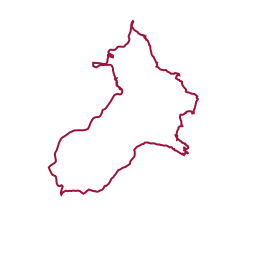 outline of Toplet, Caras-Severin, Romania, rotated 303°
{"feature_id": "2599482B38762521341825", "entity_name": "Toplet", "entity_type": "district", "adm_level": 2, "iso_a3": "ROU", "parent_name": "Romania", "parent_adm1": "Caras-Severin", "projection": "albers", "projection_center": [22.349, 44.793], "detail": "fine", "context": "isolated", "style": "outline", "palette": "rose", "viewbox_px": 256, "rotation_deg": 303, "n_neighbors": 0, "source": "geoboundaries", "source_scale": "gbopen_adm2", "svg_char_len": 5829}
<svg xmlns="http://www.w3.org/2000/svg" viewBox="0 0 256 256"><g transform="rotate(303 128 128)"><path d="M200.2,142.3L200.9,141.6L200.9,140.4L200.3,139.0L200.1,138.5L199.8,137.6L199.0,137.3L198.4,136.8L197.8,135.9L196.9,134.4L197.0,132.9L197.1,132.0L196.8,130.3L197.3,128.4L196.8,127.5L196.4,127.1L195.8,126.4L195.6,125.3L195.0,124.2L194.8,123.1L194.8,122.3L195.0,121.8L195.1,121.3L195.4,120.2L195.2,119.5L195.3,119.0L195.1,118.4L196.5,118.3L197.3,117.8L197.4,117.2L197.8,116.7L198.1,116.6L198.6,116.7L198.5,115.5L198.7,115.1L199.7,114.0L200.3,112.7L201.0,111.5L201.5,110.9L201.9,109.1L202.7,107.7L203.4,106.9L204.5,106.0L205.3,105.0L206.7,103.6L207.8,102.8L209.1,101.5L209.1,100.6L209.9,100.0L211.8,97.3L212.1,96.8L212.1,96.2L212.0,95.7L211.9,94.9L212.3,94.4L212.6,94.5L212.8,93.7L213.1,93.5L212.9,93.5L212.8,93.2L213.5,93.0L213.9,92.2L213.4,91.9L213.3,91.7L213.6,91.2L214.4,91.2L213.1,87.4L213.2,85.8L213.1,85.0L213.8,83.4L213.6,82.0L213.6,80.1L213.8,78.8L214.3,78.2L214.5,77.8L214.6,77.2L214.5,76.7L214.8,76.3L216.8,74.9L218.5,74.6L218.8,74.7L220.0,74.6L220.3,73.9L218.6,73.7L216.2,74.6L214.1,75.8L210.6,77.5L205.2,78.6L204.2,79.6L203.4,80.7L202.6,81.2L201.3,81.5L198.7,81.6L196.7,80.7L194.6,80.6L193.7,80.1L191.8,76.8L190.8,75.5L190.2,75.2L187.9,74.9L186.6,74.4L185.7,73.6L184.3,70.9L183.7,70.4L183.1,70.2L182.2,70.1L181.3,70.1L180.8,70.3L180.4,70.7L180.3,72.8L180.6,75.7L180.2,76.2L179.7,76.6L179.0,76.8L178.5,75.1L178.3,73.5L178.5,72.6L178.8,71.7L178.3,71.4L177.7,71.7L176.6,73.0L175.0,73.2L174.0,73.6L173.1,74.3L171.9,74.7L170.2,74.7L169.0,73.8L167.8,71.4L167.0,69.2L163.7,63.3L161.1,65.1L161.1,66.7L161.4,67.8L161.8,68.5L162.4,68.9L164.5,69.7L165.8,70.8L169.2,75.5L171.4,78.9L171.5,79.7L171.1,81.1L170.2,82.5L167.9,84.3L165.0,87.4L164.2,88.7L163.6,89.4L162.4,90.2L163.3,91.3L163.0,91.3L162.0,90.5L161.5,91.1L161.8,91.8L161.3,92.3L161.5,92.8L160.4,93.5L160.3,93.4L159.7,93.6L159.9,94.4L159.3,94.5L159.1,94.6L158.6,94.6L157.9,94.9L158.1,95.8L157.9,96.0L157.4,96.0L157.4,97.4L157.5,98.9L157.1,98.8L157.1,99.2L156.5,99.6L156.8,100.2L156.3,100.4L156.4,100.6L156.7,100.6L157.1,100.9L157.2,101.3L156.6,102.4L154.9,103.7L154.0,103.8L153.0,103.8L152.3,103.5L151.7,102.8L150.8,100.4L148.6,98.9L147.7,98.6L141.2,99.0L132.8,98.7L131.4,98.3L129.3,97.0L128.7,97.0L127.2,97.6L125.6,98.0L122.7,98.1L121.3,97.5L120.2,96.0L119.0,94.6L117.1,93.6L116.4,93.6L115.4,93.5L112.1,93.8L108.2,94.6L105.7,94.9L105.1,94.7L103.1,93.2L101.4,91.3L99.0,87.5L96.8,84.4L92.4,81.5L90.5,80.9L86.1,79.1L84.0,78.0L82.7,77.7L78.1,78.2L70.5,80.3L68.1,80.4L66.4,80.8L65.5,81.5L61.9,84.8L60.8,85.6L59.5,85.7L57.7,85.1L56.5,84.4L54.2,83.5L51.9,83.0L50.6,84.6L48.2,88.7L47.6,90.1L48.1,93.1L47.9,94.0L45.7,96.1L44.3,97.0L42.7,98.5L41.7,100.2L41.6,101.6L41.8,101.9L42.6,102.8L43.8,103.4L43.7,104.3L43.4,105.1L39.8,106.0L37.6,106.8L36.4,107.4L35.7,108.4L38.6,108.4L41.5,110.0L42.3,112.0L43.3,112.9L44.3,114.8L45.3,115.7L45.8,116.3L46.1,116.9L46.5,118.0L48.0,119.9L48.6,121.0L48.9,122.3L48.7,123.5L48.7,124.4L48.5,125.5L48.7,125.9L48.7,126.5L49.8,126.9L51.0,127.5L52.5,127.6L53.3,128.2L54.8,128.4L55.3,129.5L56.3,133.6L57.1,134.8L57.3,135.8L57.8,136.9L58.2,137.4L60.1,138.5L62.4,140.0L63.3,140.2L65.1,140.3L66.0,140.0L66.6,140.0L67.0,140.2L67.6,141.2L68.1,141.5L70.5,142.1L72.8,142.2L73.9,141.9L75.1,142.0L76.0,141.7L76.4,141.7L78.9,142.5L80.1,142.4L82.7,142.8L84.8,142.7L87.3,142.8L88.5,143.6L89.4,144.3L90.7,144.7L92.0,145.4L93.8,147.0L95.5,147.7L96.9,148.4L98.9,149.1L99.8,148.8L100.6,148.4L101.8,148.2L103.5,148.3L104.6,148.6L106.0,148.7L106.7,148.9L108.1,148.7L109.1,148.3L111.8,146.6L112.8,145.2L116.6,145.6L117.8,146.1L119.4,147.2L121.4,148.2L122.1,148.7L123.2,149.8L124.3,149.9L125.1,150.2L125.6,151.0L126.5,152.4L127.0,154.0L127.2,154.5L127.4,155.5L128.4,156.8L129.5,158.7L129.7,159.1L129.8,160.6L130.5,162.2L131.3,163.2L131.6,165.0L132.0,165.5L132.9,167.9L134.0,169.4L134.4,170.4L134.3,171.3L134.5,172.0L134.5,173.6L135.4,174.4L135.6,175.4L135.1,176.3L135.0,176.8L135.1,177.3L135.6,178.2L134.7,179.1L134.8,179.6L135.1,180.3L135.3,181.7L135.3,183.7L135.4,187.4L135.7,189.0L136.1,188.4L136.3,188.3L136.4,189.3L136.5,189.5L137.6,190.0L138.5,189.4L139.0,189.5L139.0,190.4L139.4,191.1L139.5,191.5L139.1,192.5L139.9,191.5L139.8,190.5L139.9,189.7L140.0,188.1L139.8,187.4L139.8,187.1L140.6,187.1L141.7,186.1L141.9,185.6L142.1,185.6L142.3,186.2L141.8,187.5L141.9,187.9L142.5,188.7L143.4,189.2L144.1,189.4L144.9,188.7L145.4,188.0L145.4,187.3L145.1,186.6L145.4,186.2L145.4,185.1L145.9,184.8L146.0,184.6L145.6,184.1L145.6,183.9L145.8,183.5L145.7,183.2L145.3,182.4L145.3,182.1L145.5,181.6L145.2,181.0L145.7,180.0L145.7,179.2L145.5,178.6L145.8,177.8L145.9,176.4L145.6,176.1L144.8,175.6L145.4,175.2L146.4,174.7L146.7,173.6L147.5,172.1L147.8,171.7L148.0,171.7L148.1,171.9L147.9,173.6L147.9,173.8L148.1,173.8L148.3,173.7L148.8,172.4L149.6,171.9L151.4,171.2L151.9,170.9L154.6,170.8L155.6,170.3L156.1,170.0L158.0,170.9L159.1,171.1L159.2,171.4L158.9,172.2L158.9,172.5L159.1,172.6L159.3,172.0L159.8,171.3L161.0,170.1L162.0,169.6L162.7,169.0L163.3,168.0L164.1,167.1L164.5,166.4L165.0,165.8L165.7,165.4L166.8,165.1L167.2,164.8L167.8,164.8L168.0,165.0L168.2,165.6L168.9,166.6L169.5,167.1L171.3,167.7L172.3,168.4L172.5,168.4L172.6,168.1L173.8,168.5L174.6,169.2L175.8,170.9L176.2,171.7L176.3,172.2L176.3,172.7L176.0,173.3L175.2,173.9L176.2,175.1L178.5,173.6L180.0,173.4L183.4,172.4L186.8,171.0L188.3,170.9L189.3,171.1L190.3,170.9L190.4,169.8L190.7,169.5L190.8,169.0L192.3,168.9L192.7,165.2L191.6,163.1L191.4,162.3L191.1,160.3L190.4,158.6L190.0,157.2L190.0,156.7L190.3,156.4L191.1,156.4L191.4,156.2L192.1,155.1L192.3,154.6L192.3,153.9L192.6,152.9L193.6,150.3L195.2,148.5L195.8,148.4L196.2,148.1L196.3,147.4L195.7,145.9L196.2,144.7L195.8,143.6L195.7,143.3L195.9,142.4L195.7,141.2L196.3,140.9L198.6,140.5L199.8,141.3L200.2,142.3Z" fill="none" stroke="#9f1239" stroke-width="2"/></g></svg>